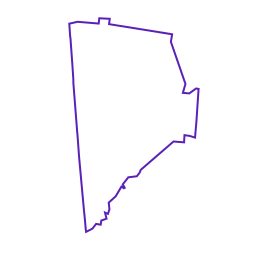 Cherokee, Alabama, United States of America, rotated 185°
{"feature_id": "52423323B74850919464616", "entity_name": "Cherokee", "entity_type": "district", "adm_level": 2, "iso_a3": "USA", "parent_name": "United States of America", "parent_adm1": "Alabama", "projection": "mercator", "projection_center": [-85.586, 34.233], "detail": "fine", "context": "isolated", "style": "outline", "palette": "violet", "viewbox_px": 256, "rotation_deg": 185, "n_neighbors": 0, "source": "geoboundaries", "source_scale": "gbopen_adm2", "svg_char_len": 823}
<svg xmlns="http://www.w3.org/2000/svg" viewBox="0 0 256 256"><g transform="rotate(185 128 128)"><path d="M188.6,184.0L186.7,171.7L186.3,167.8L178.6,121.6L178.5,120.8L177.6,116.1L177.4,114.7L176.4,108.5L173.9,93.1L172.8,87.1L169.6,69.3L164.2,39.4L164.1,39.2L162.3,29.3L161.2,23.0L160.7,20.9L154.7,24.6L151.4,29.7L146.8,29.3L146.5,33.5L141.5,35.8L143.5,41.7L140.5,40.7L139.4,45.3L140.7,52.0L134.3,58.9L129.4,69.1L126.9,67.6L126.1,68.1L128.3,71.4L123.4,78.9L115.0,80.7L112.6,84.4L111.6,87.5L81.5,118.5L70.9,118.6L71.1,125.8L65.9,125.5L60.4,124.3L60.4,140.2L61.1,173.1L63.6,173.3L70.0,167.8L76.4,167.8L74.6,176.9L92.8,217.6L92.2,225.2L100.4,225.8L155.9,229.8L155.7,235.2L166.2,234.8L166.3,229.5L187.5,229.4L195.6,226.8L193.5,213.6L193.2,212.8L189.1,187.2L188.6,184.0Z" fill="none" stroke="#5b21b6" stroke-width="2"/></g></svg>